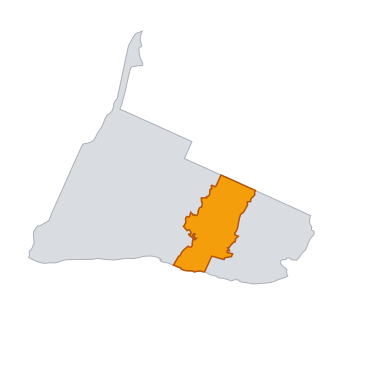 Hardap highlighted on a map of Namibia, rotated 294°
{"feature_id": "NAM-3339", "entity_name": "Hardap", "entity_type": "Region", "adm_level": 1, "iso_a3": "NAM", "parent_name": "Namibia", "parent_adm1": "", "projection": "robinson", "projection_center": [17.113, -24.521], "detail": "fine", "context": "in_parent", "style": "filled", "palette": "amber", "viewbox_px": 384, "rotation_deg": 294, "n_neighbors": 0, "source": "natural_earth", "source_scale": "10m", "svg_char_len": 7147}
<svg xmlns="http://www.w3.org/2000/svg" viewBox="0 0 384 384"><g transform="rotate(294 192 192)"><path d="M283.5,77.9L287.5,77.0L291.4,76.2L295.8,75.3L299.4,74.6L300.3,74.5L308.8,75.2L312.6,75.8L313.9,76.3L315.5,77.7L318.6,81.2L317.8,81.0L312.1,81.8L309.9,82.7L304.9,86.7L303.9,86.2L302.7,85.4L301.7,85.1L299.6,86.1L297.4,87.3L295.1,88.9L293.1,90.5L292.4,91.4L289.4,94.7L288.3,95.3L287.5,95.5L287.1,95.3L286.7,93.9L284.9,90.6L281.9,86.2L281.0,85.8L280.4,85.6L278.2,85.8L271.7,87.0L266.2,88.1L257.8,89.9L248.8,91.3L243.3,92.2L238.4,92.4L238.4,96.8L238.4,105.5L238.3,114.3L238.3,123.1L238.3,131.8L238.2,140.6L238.2,149.4L238.1,158.1L238.1,166.9L238.1,170.7L237.9,171.5L235.1,171.5L228.9,171.5L223.7,171.5L219.5,171.5L219.4,176.7L219.4,182.9L219.4,189.1L219.4,195.2L219.3,201.4L219.3,207.5L219.3,213.7L219.3,219.8L219.3,226.0L219.2,230.6L219.2,231.2L219.2,240.2L219.1,249.7L219.1,259.3L219.0,268.9L218.9,278.4L218.9,288.0L218.8,297.5L218.7,307.1L218.7,310.1L216.8,310.1L213.1,311.2L210.6,312.8L209.6,314.6L208.2,315.8L206.5,316.2L205.7,317.1L205.9,318.6L205.2,319.8L203.7,320.6L201.2,320.3L197.8,319.1L193.4,318.8L188.2,319.4L184.4,319.1L182.0,317.8L179.6,317.1L177.0,316.9L175.5,316.4L172.4,315.4L171.8,313.8L171.4,312.5L170.6,311.2L170.5,310.1L171.2,309.3L171.3,308.0L170.8,306.2L169.9,305.3L168.7,305.4L167.9,304.7L167.6,303.3L166.9,302.2L165.2,301.1L163.0,301.9L161.9,303.2L161.3,305.1L160.7,306.1L160.4,307.7L160.3,308.9L159.7,310.1L159.1,310.6L158.5,310.4L157.4,310.9L154.8,312.7L154.1,313.7L152.0,311.9L146.0,305.4L143.9,303.7L140.7,299.7L133.8,287.2L132.8,284.8L131.4,278.8L129.9,274.4L129.7,271.8L130.4,270.3L130.0,268.4L129.2,266.6L126.8,264.3L126.1,256.6L124.5,251.6L124.8,247.4L124.0,243.7L123.9,241.3L124.3,236.7L123.0,231.4L120.3,226.3L118.0,218.8L117.6,215.6L117.8,206.8L117.4,203.2L117.4,199.0L116.4,194.7L116.0,192.3L116.7,190.4L117.1,191.0L117.8,191.3L118.2,188.8L118.3,186.6L117.1,181.2L114.5,175.6L107.9,166.5L106.3,163.1L105.4,160.2L98.1,148.3L95.0,139.8L92.8,132.5L90.4,129.2L79.4,105.5L76.9,101.7L72.5,97.2L71.5,95.7L69.8,91.4L66.5,85.6L65.6,80.3L65.4,74.1L65.7,69.5L68.7,69.0L70.8,67.7L72.7,67.7L74.5,68.6L76.5,68.7L77.3,68.5L80.8,68.7L82.8,67.6L85.2,66.4L86.6,65.5L88.6,64.5L91.1,63.4L92.6,63.5L94.4,63.9L96.8,64.3L98.2,65.0L99.8,67.2L102.3,69.1L104.1,70.3L106.2,71.9L106.8,72.5L107.8,72.8L108.3,72.9L112.2,72.7L115.8,72.4L119.6,72.5L126.7,72.5L133.9,72.5L141.1,72.5L148.2,72.5L155.4,72.5L162.5,72.5L169.7,72.5L176.9,72.6L179.8,72.6L184.9,72.6L190.3,72.7L190.9,72.8L191.5,73.2L192.0,73.6L193.9,76.4L196.3,79.2L198.3,80.6L200.7,81.4L203.0,81.7L205.1,81.5L208.6,81.9L213.5,82.8L218.6,83.1L223.9,82.7L227.6,83.2L229.7,84.6L231.9,85.5L234.2,86.0L237.2,85.7L241.1,84.6L244.3,84.8L245.8,85.6L246.7,85.6L252.4,84.5L256.9,83.6L263.7,82.1L269.3,80.9L277.7,79.1L283.5,77.9Z" fill="#d9dde1" stroke="#a8b0b8" stroke-width="1"/><path d="M219.3,230.7L219.3,230.9L219.3,232.1L219.2,233.3L219.2,234.5L219.2,235.7L219.2,236.9L219.2,238.1L219.2,239.3L219.2,240.6L219.2,241.8L219.2,243.0L219.2,244.2L219.2,245.4L219.2,246.6L219.2,247.8L219.2,249.0L219.2,249.3L218.3,249.4L218.0,249.2L217.7,249.2L217.4,249.3L215.3,250.3L214.9,250.5L214.7,250.4L213.9,250.0L212.2,249.7L211.9,249.6L211.6,249.4L211.2,249.1L210.7,248.9L209.7,248.8L208.8,248.7L208.3,248.8L208.2,248.9L207.6,249.4L207.4,249.5L207.2,249.5L207.0,249.2L205.4,246.7L205.2,246.4L205.0,246.5L204.8,246.6L204.4,247.1L202.8,248.0L202.5,248.1L194.4,247.3L193.0,246.6L192.6,246.2L191.4,245.5L187.3,245.9L178.3,248.1L175.9,248.4L172.4,248.0L172.1,247.9L171.9,247.8L171.7,247.8L171.4,248.0L170.8,248.2L170.4,248.5L170.4,252.3L167.3,250.9L167.0,250.8L166.0,251.2L165.5,251.2L164.1,251.7L163.8,251.7L163.6,251.6L163.6,251.3L163.6,251.1L163.5,250.8L163.3,250.6L162.8,250.3L162.0,250.0L161.2,249.9L160.7,249.5L160.4,249.4L157.0,248.6L156.7,248.6L156.3,248.5L156.2,248.3L155.7,247.4L155.6,247.2L155.4,247.1L155.2,247.5L154.5,249.1L154.2,249.6L153.4,250.2L153.2,249.1L153.1,248.9L153.3,248.6L153.2,248.4L153.0,248.2L152.8,248.1L152.6,248.0L152.3,248.0L151.4,248.4L151.2,248.4L151.1,248.6L151.1,249.0L152.0,254.3L151.9,254.4L151.6,254.5L150.8,254.2L150.4,254.1L150.0,254.2L149.8,254.3L149.5,254.4L149.3,254.4L149.0,254.2L145.3,248.9L145.1,248.6L144.9,248.5L144.7,248.5L144.4,248.6L143.7,248.8L143.4,248.8L143.3,248.6L143.2,248.4L141.7,237.8L141.3,236.1L124.2,236.0L123.7,235.1L123.5,234.3L123.4,232.6L123.2,231.7L122.1,229.6L121.7,228.9L120.8,228.0L120.5,227.4L119.9,226.6L119.8,226.0L119.8,225.8L120.1,225.5L120.1,225.4L120.1,224.5L120.0,224.1L119.6,223.3L119.2,222.2L118.2,220.1L117.8,218.6L117.5,217.9L117.3,216.9L117.2,216.6L117.3,216.2L117.3,215.4L117.2,214.7L117.0,214.2L117.2,213.9L117.3,213.4L117.4,213.1L117.5,213.0L117.9,212.9L117.9,212.7L118.2,212.2L118.0,211.9L118.0,210.7L117.7,209.7L117.7,209.3L117.9,206.2L117.8,205.4L117.6,204.8L128.0,205.9L128.5,206.7L128.6,206.8L128.8,207.0L129.1,207.1L129.5,207.1L130.9,207.0L132.8,207.3L133.2,207.3L133.4,207.3L135.5,207.9L140.9,210.5L140.8,212.2L140.9,212.7L141.1,213.3L142.2,213.9L142.7,213.9L144.1,213.9L144.3,213.8L144.4,213.7L144.5,213.3L144.7,213.1L144.9,213.0L145.8,213.0L148.1,212.2L148.3,212.2L148.8,212.2L149.1,212.2L149.3,212.1L150.4,211.5L150.5,211.4L150.5,211.6L150.3,212.0L150.2,212.3L150.2,212.5L150.2,213.0L149.7,213.3L149.4,213.4L149.4,213.6L149.5,213.9L150.6,214.8L151.6,215.0L151.4,214.5L151.1,213.2L151.3,212.6L152.0,211.9L152.1,211.7L152.3,211.7L152.9,211.9L154.5,212.0L154.8,212.0L154.9,211.8L155.0,211.6L155.0,211.4L154.9,210.8L154.8,210.7L154.7,210.6L153.1,210.1L152.9,210.1L152.6,210.2L152.4,210.3L150.8,209.8L150.7,209.8L150.7,209.6L150.7,209.4L151.0,208.2L151.9,206.3L152.0,206.1L152.4,206.2L152.5,206.4L152.6,206.5L152.6,207.6L152.8,207.8L154.1,207.8L154.3,207.7L156.3,205.6L156.4,205.4L156.4,205.2L156.3,204.5L156.2,204.3L156.1,204.2L154.8,203.5L154.8,203.4L154.7,203.3L154.7,203.2L154.8,203.0L156.9,198.5L157.2,198.1L157.4,198.0L157.8,198.3L158.2,198.6L158.5,198.7L158.9,198.7L159.3,198.6L160.0,198.6L160.8,198.8L162.3,198.5L163.3,198.0L164.4,197.2L165.6,196.9L166.4,196.9L167.2,197.2L167.5,197.4L167.7,197.7L167.7,198.2L167.8,199.1L168.1,199.6L168.7,199.8L170.4,199.5L171.6,199.4L172.7,199.1L173.0,199.1L172.4,199.8L172.2,200.0L172.2,200.4L172.3,201.5L172.2,201.8L171.5,202.0L171.4,202.1L171.4,202.3L171.6,203.6L171.8,203.8L172.1,203.9L172.3,203.9L172.3,204.0L172.5,206.1L175.7,206.1L175.9,206.1L176.1,206.0L176.1,205.8L176.3,205.6L176.6,205.4L180.1,205.3L181.0,205.6L181.4,205.8L182.0,206.7L182.2,206.9L182.3,206.9L183.1,206.5L183.3,206.5L183.7,206.7L184.0,206.7L184.3,206.6L185.8,205.9L186.6,205.7L186.8,205.6L186.8,205.3L186.9,204.9L186.9,204.7L187.1,204.6L188.7,203.8L189.9,203.0L190.4,202.9L190.9,203.8L190.9,204.1L192.6,207.7L192.7,207.8L192.8,207.7L193.1,207.4L193.3,207.2L193.5,207.1L193.7,207.3L193.9,207.5L194.8,208.5L195.1,208.7L195.4,208.8L197.0,209.1L200.7,207.6L200.8,207.6L201.8,207.6L202.0,207.7L201.9,207.8L201.9,208.0L201.9,208.3L202.3,208.4L204.0,208.5L204.1,208.4L205.0,207.2L205.5,207.1L206.0,207.1L206.1,207.3L206.2,207.5L206.3,211.3L207.5,211.5L219.3,211.6L219.3,212.2L219.3,215.9L219.3,219.6L219.3,223.3L219.3,227.0L219.3,230.7Z" fill="#f59e0b" stroke="#b45309" stroke-width="1.5"/></g></svg>